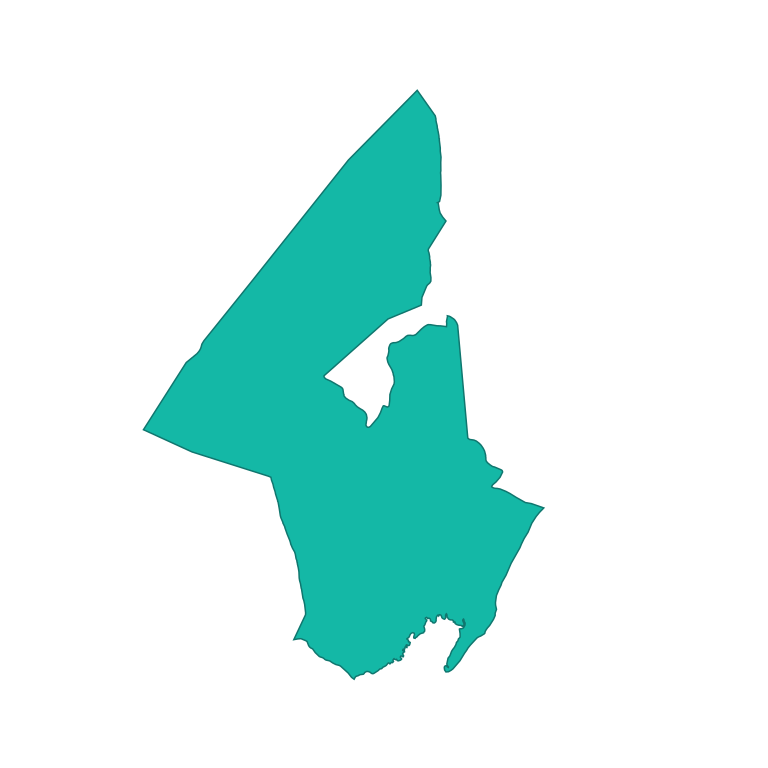 Morrumbene, Inhambane, Mozambique, rotated 25°
{"feature_id": "85939544B85400452133709", "entity_name": "Morrumbene", "entity_type": "district", "adm_level": 2, "iso_a3": "MOZ", "parent_name": "Mozambique", "parent_adm1": "Inhambane", "projection": "natural_earth1", "projection_center": [35.2, -23.422], "detail": "fine", "context": "isolated", "style": "filled", "palette": "teal", "viewbox_px": 768, "rotation_deg": 25, "n_neighbors": 0, "source": "geoboundaries", "source_scale": "gbopen_adm2", "svg_char_len": 6158}
<svg xmlns="http://www.w3.org/2000/svg" viewBox="0 0 768 768"><g transform="rotate(25 384 384)"><path d="M185.3,527.1L238.8,526.7L318.2,516.4L320.9,516.3L322.6,518.6L325.7,521.7L327.7,524.3L330.9,527.7L332.1,529.4L336.1,533.8L336.5,534.0L337.0,535.0L338.0,535.9L341.6,541.0L345.8,547.3L347.3,549.0L350.8,552.1L351.1,552.7L354.7,555.6L354.8,556.0L359.9,561.2L364.7,565.6L366.7,567.8L366.9,568.3L370.6,571.6L374.0,574.0L375.6,575.8L378.2,579.5L379.6,580.8L380.5,582.3L380.9,582.4L381.4,583.5L383.9,586.7L386.3,590.2L389.1,595.6L390.5,597.7L392.8,600.4L395.3,604.1L395.8,604.5L401.1,612.4L402.9,614.2L405.3,617.4L409.6,624.4L410.4,626.3L410.3,653.8L413.7,651.4L416.4,649.9L421.8,649.7L423.1,649.9L426.3,653.0L427.7,653.8L429.2,654.2L431.2,654.2L435.2,656.5L440.5,658.3L441.5,658.3L443.8,658.0L445.3,658.1L446.8,658.6L448.1,658.7L451.8,657.9L455.4,658.5L458.9,658.6L462.2,658.0L463.7,658.0L473.7,661.1L478.6,663.6L481.7,664.2L481.8,662.1L482.1,661.0L482.9,660.1L483.6,659.6L485.1,657.6L487.9,655.8L488.3,654.9L488.5,653.5L489.5,652.2L490.0,651.7L491.6,651.2L493.4,651.1L494.6,651.5L495.7,651.5L496.6,651.1L497.2,650.4L499.3,647.1L500.0,645.9L500.5,644.3L502.2,642.9L502.7,641.2L504.5,638.9L505.0,638.0L505.6,635.4L506.1,634.8L506.7,634.8L507.3,635.2L507.7,635.1L508.4,633.1L509.5,632.9L509.9,631.5L509.0,630.8L508.8,630.0L509.0,629.1L509.2,628.7L509.8,629.0L511.1,628.9L511.8,628.2L512.8,629.0L513.4,629.0L513.9,628.9L515.3,627.7L515.9,626.9L516.2,625.8L515.8,625.4L514.4,624.9L514.1,623.9L514.3,623.4L515.2,623.0L516.3,623.3L516.8,623.0L516.6,622.0L514.9,620.7L514.8,620.0L515.2,619.4L515.3,618.6L515.8,618.0L515.4,617.5L514.9,616.6L514.7,616.7L514.4,617.7L513.6,617.6L513.4,616.8L513.5,616.2L514.4,615.6L514.8,615.1L514.2,613.7L514.5,613.1L516.1,613.2L516.1,612.7L515.9,612.4L514.7,612.2L514.4,611.5L514.6,611.0L514.9,610.7L516.2,610.9L517.1,610.5L517.4,609.9L517.4,609.1L517.0,607.2L516.1,607.0L515.3,607.3L514.8,606.8L514.7,606.3L514.1,605.8L512.7,605.6L512.4,605.1L513.3,603.8L513.7,602.6L513.6,600.1L513.8,599.0L514.1,598.3L515.1,597.2L516.7,597.1L517.4,598.0L517.9,600.9L518.4,601.6L519.7,601.4L519.8,600.6L520.8,599.1L521.1,597.7L522.5,594.9L525.0,592.7L525.0,591.5L525.3,590.8L524.5,589.0L522.7,587.0L522.5,586.3L522.8,585.0L522.5,582.1L522.8,580.5L522.6,580.1L520.5,579.1L520.4,578.5L521.2,577.5L521.5,577.5L522.9,578.1L523.6,577.2L524.5,577.2L525.5,577.7L526.3,579.1L527.8,579.1L529.4,579.8L530.6,579.3L531.0,578.7L531.4,577.5L531.2,576.3L530.7,575.3L530.0,573.1L530.3,570.9L530.7,570.6L531.6,571.1L531.7,569.7L532.9,569.4L533.5,569.6L535.4,571.4L536.4,571.7L538.1,571.7L538.6,571.0L538.7,570.2L537.4,567.2L537.6,565.9L538.3,566.2L540.0,568.9L540.7,569.0L541.4,569.5L542.2,569.8L543.2,569.8L544.2,569.6L545.6,569.0L546.5,569.1L547.1,569.4L547.3,570.3L547.8,570.4L548.7,569.7L549.2,570.0L549.3,570.6L549.7,571.0L551.4,571.3L553.3,571.1L555.8,570.3L557.4,570.0L557.8,570.1L557.7,570.5L558.1,570.4L558.4,569.9L558.2,568.4L557.3,566.9L556.6,566.4L555.3,565.1L555.1,564.4L555.2,563.7L555.4,563.4L555.8,563.6L557.1,565.3L558.6,566.4L559.3,568.2L559.2,570.4L559.0,571.7L557.9,572.9L556.3,573.7L555.9,574.3L558.4,578.0L559.8,580.9L559.9,581.6L559.2,583.6L559.5,585.6L558.9,587.6L559.3,589.7L559.1,592.9L558.5,595.5L558.2,597.7L558.6,602.5L557.9,605.4L559.2,611.0L559.7,611.8L560.9,612.7L562.0,613.2L562.1,613.7L561.1,613.7L560.0,613.1L559.2,613.1L558.4,614.0L558.3,614.9L558.6,615.8L559.8,617.6L561.8,618.8L564.1,617.5L565.8,615.1L566.9,613.0L569.8,602.7L570.8,593.8L571.4,590.7L571.7,587.7L572.6,584.1L575.6,574.8L576.6,573.2L578.2,571.5L580.5,568.0L580.7,567.3L580.3,565.6L580.4,564.0L580.8,561.5L581.8,558.2L582.7,551.0L582.6,546.9L581.6,544.7L581.2,540.7L578.6,537.3L577.4,535.0L575.3,528.2L575.0,522.2L575.1,516.8L574.7,513.9L575.4,505.8L575.0,492.8L576.4,475.0L576.2,470.6L576.3,464.9L577.2,457.4L576.8,447.7L577.9,439.7L579.2,434.6L581.2,428.8L568.1,430.1L562.2,431.7L551.7,430.9L544.3,430.0L539.7,429.8L533.6,430.1L530.7,430.8L529.0,431.5L527.4,431.9L525.5,431.8L525.0,431.6L524.9,431.0L525.1,429.4L526.9,425.5L528.6,419.4L528.7,413.6L527.9,412.7L527.0,412.3L525.0,412.3L519.3,412.5L517.3,412.9L514.5,412.5L511.1,411.6L509.2,410.6L508.4,409.7L507.1,407.1L506.7,406.8L506.3,405.7L503.4,402.2L501.0,400.3L497.8,398.4L495.4,397.5L491.8,396.7L489.2,396.8L484.9,398.1L482.8,397.6L425.9,299.6L423.8,297.7L421.2,296.1L419.8,295.6L415.8,295.0L414.5,295.0L412.6,295.4L413.0,296.0L414.2,300.9L415.4,302.9L416.4,305.6L410.8,307.4L407.5,308.8L401.1,310.6L399.0,311.5L398.3,312.1L396.3,315.0L394.7,318.4L392.1,325.4L391.4,326.5L391.0,326.7L390.7,327.2L389.2,328.1L387.3,328.7L385.0,329.9L383.9,331.4L382.5,334.6L379.6,339.3L377.4,341.4L374.9,342.7L373.7,343.8L373.0,344.8L372.8,346.0L373.0,348.7L373.4,350.2L374.2,351.4L374.8,353.1L375.6,356.6L375.6,358.6L376.0,359.6L378.1,362.4L380.1,364.2L385.0,367.6L387.7,370.4L388.7,371.9L389.9,373.1L392.4,377.5L393.1,379.7L393.0,385.3L393.8,391.0L396.1,396.4L397.8,401.5L397.6,402.5L396.8,403.5L393.2,403.7L392.6,404.1L392.5,406.7L392.9,411.5L392.7,416.9L389.6,428.2L389.0,429.1L388.0,430.0L387.1,430.2L385.3,429.3L384.5,427.7L384.5,427.2L383.6,424.6L383.6,424.0L382.9,421.9L380.8,419.0L378.4,417.5L375.7,416.7L373.0,416.5L369.5,416.0L366.7,415.0L365.4,414.2L362.7,413.4L359.0,413.5L355.3,412.9L353.0,411.8L352.3,411.0L352.1,410.4L351.6,410.1L349.1,406.3L348.2,405.5L346.8,405.0L334.5,403.9L329.3,404.0L327.6,403.5L326.5,402.7L326.2,401.8L360.2,323.3L384.5,296.7L381.8,289.5L381.3,277.5L381.5,276.0L382.8,273.0L383.0,271.0L381.6,267.8L378.6,263.3L378.0,261.7L376.8,259.2L375.9,256.3L375.5,256.0L374.4,253.8L372.2,250.8L371.7,249.5L370.6,247.9L369.3,246.1L367.8,244.6L367.2,243.0L371.3,210.1L366.6,207.9L362.6,205.3L360.4,202.7L356.4,196.7L356.1,196.8L357.2,195.1L355.8,188.9L351.8,180.0L347.1,170.6L346.0,168.7L345.4,166.7L341.8,159.2L339.8,154.3L336.6,149.2L335.3,146.4L331.0,139.5L330.5,138.3L330.1,138.1L328.9,135.9L326.0,131.8L325.7,131.6L324.9,130.2L324.5,130.0L322.9,127.3L320.8,124.7L319.3,122.6L319.2,122.0L317.1,119.3L290.0,103.8L257.1,196.0L220.2,349.1L202.5,421.0L202.1,424.8L202.7,428.2L202.8,430.2L202.5,432.7L201.7,435.6L195.7,448.1L185.3,527.1Z" fill="#14b8a6" stroke="#0f766e" stroke-width="1.5"/></g></svg>